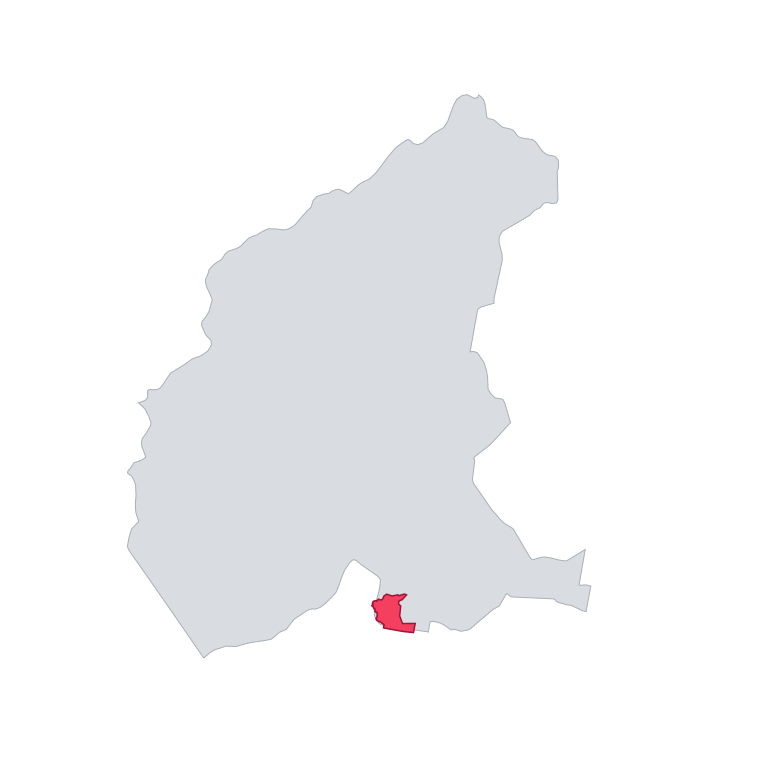 location of Maiwut, Upper Nile, South Sudan, rotated 100°
{"feature_id": "79223893B33528845536299", "entity_name": "Maiwut", "entity_type": "district", "adm_level": 2, "iso_a3": "SSD", "parent_name": "South Sudan", "parent_adm1": "Upper Nile", "projection": "mercator", "projection_center": [33.888, 8.784], "detail": "fine", "context": "in_parent", "style": "filled", "palette": "rose", "viewbox_px": 768, "rotation_deg": 100, "n_neighbors": 0, "source": "geoboundaries", "source_scale": "gbopen_adm2", "svg_char_len": 6042}
<svg xmlns="http://www.w3.org/2000/svg" viewBox="0 0 768 768"><g transform="rotate(100 384 384)"><path d="M615.1,583.3L593.0,605.4L591.4,606.8L588.7,608.5L579.8,608.5L570.6,607.4L562.1,601.7L553.5,606.1L548.0,607.5L544.7,608.1L537.0,608.8L526.3,611.2L521.4,614.1L518.7,616.5L516.5,620.8L515.4,621.3L513.5,620.8L510.7,619.0L504.9,616.5L502.0,611.0L499.4,607.7L497.2,605.9L488.0,611.4L483.6,612.7L479.9,612.6L473.3,609.5L466.0,606.8L462.2,606.8L456.6,610.1L450.1,615.1L446.8,619.9L445.2,622.8L443.0,618.4L440.8,615.6L437.7,614.5L431.6,615.6L430.1,614.1L429.8,610.2L428.9,606.8L427.3,604.1L422.6,601.5L410.4,596.2L401.0,585.6L396.2,580.6L392.8,577.5L387.9,569.1L382.3,563.4L375.6,560.7L371.1,562.0L366.5,568.2L357.9,573.9L353.9,574.1L348.8,571.0L342.4,568.8L330.9,567.8L326.2,570.5L320.0,575.0L314.7,577.6L311.4,577.9L308.4,576.9L304.9,576.3L301.9,576.2L295.8,572.2L292.6,569.2L290.5,566.3L287.0,564.4L283.0,562.8L280.1,560.2L278.6,557.0L276.3,553.0L273.4,549.3L264.0,542.7L261.2,538.8L259.2,535.0L255.4,530.8L251.3,525.2L250.0,517.0L249.8,510.3L249.0,507.3L247.2,504.2L245.2,501.6L241.9,498.7L234.3,494.4L226.4,489.5L222.6,486.6L215.4,485.6L211.1,482.8L207.5,476.6L206.0,471.6L202.4,467.7L200.8,464.9L200.0,461.7L202.9,451.9L198.7,448.5L192.4,443.9L188.0,439.0L185.3,434.5L177.3,428.5L159.8,419.6L149.7,413.8L144.2,408.7L139.4,403.7L139.0,401.6L142.1,396.6L142.5,392.5L140.0,387.9L129.5,379.4L121.2,369.9L114.9,367.0L99.7,364.3L95.3,363.3L90.8,361.5L86.3,357.2L84.7,352.2L87.0,344.2L85.6,341.7L83.0,341.0L83.7,339.3L86.6,335.4L91.3,332.9L103.8,328.9L104.5,327.4L104.7,322.3L105.8,319.9L110.1,312.9L110.7,310.1L110.9,304.2L111.5,301.4L112.7,299.4L116.2,295.9L117.4,293.8L117.9,289.2L117.5,280.2L119.3,276.6L127.2,268.4L129.3,264.8L130.0,261.5L129.9,258.1L130.4,254.8L132.8,251.7L134.8,250.7L140.6,249.7L144.6,250.3L172.3,244.7L175.6,245.5L177.1,248.8L176.9,254.1L177.4,256.7L178.9,258.5L183.3,261.0L186.4,265.2L188.0,266.8L192.5,269.7L213.1,293.9L218.9,296.1L224.6,295.3L235.8,290.3L241.4,289.0L280.7,290.5L285.1,289.7L285.4,289.8L291.3,301.9L294.2,304.7L337.3,304.8L336.4,301.4L337.0,297.5L344.6,290.1L345.7,289.2L352.3,285.7L358.8,283.3L371.3,280.5L375.9,276.1L378.4,272.1L378.5,264.2L380.1,262.9L383.1,261.1L397.5,254.0L400.0,252.6L425.5,269.0L439.8,282.0L440.7,282.6L441.5,282.8L442.2,282.4L442.8,281.8L444.6,281.2L450.7,281.0L462.3,280.4L466.1,278.8L489.4,255.7L495.3,248.2L496.8,246.7L500.2,241.5L503.8,232.4L504.5,231.4L530.0,209.6L530.9,207.8L531.1,206.5L527.3,199.1L526.4,195.4L526.3,189.7L527.0,180.7L526.8,175.1L526.4,173.5L526.2,173.2L512.0,157.1L548.0,157.0L548.0,154.9L547.9,154.3L547.2,152.4L546.8,149.8L546.9,148.4L547.1,147.1L547.1,146.3L547.0,145.7L547.0,145.4L547.2,145.2L573.0,145.5L572.7,150.0L569.5,160.7L569.6,167.2L568.8,174.5L568.0,176.7L566.6,178.4L566.2,179.3L566.2,180.1L571.5,221.0L571.1,222.7L569.7,225.3L569.3,226.1L569.3,226.8L569.8,227.2L581.7,231.6L582.3,231.9L582.8,232.3L587.1,237.5L610.5,256.9L611.3,257.8L613.7,263.9L614.0,264.8L614.1,266.3L614.0,267.4L613.4,271.1L613.6,272.7L614.0,273.8L614.4,275.0L614.4,275.4L614.1,276.3L610.7,283.3L609.5,288.3L609.2,292.5L609.4,294.9L609.8,296.5L610.1,297.1L610.5,297.3L620.6,297.4L620.5,299.6L621.9,336.3L621.9,340.4L621.5,345.6L620.3,347.6L617.4,350.5L613.8,353.2L604.7,353.9L597.1,353.8L591.7,353.2L584.4,352.9L577.4,353.5L574.9,355.8L565.8,375.2L562.9,380.1L562.2,382.9L563.0,384.6L566.6,387.1L574.5,390.5L583.5,392.5L590.2,393.4L594.8,394.4L598.3,395.4L611.1,404.2L615.2,408.3L617.5,412.0L618.0,415.8L619.8,419.7L631.5,431.9L642.6,437.6L646.8,444.0L650.9,447.2L654.8,450.6L656.9,455.6L661.7,470.2L665.0,477.8L668.3,484.1L669.6,494.2L672.2,498.8L674.9,504.3L679.4,509.3L684.2,513.1L685.0,514.1L636.9,561.5L615.1,583.3Z" fill="#d9dde1" stroke="#a8b0b8" stroke-width="1"/><path d="M623.7,311.8L614.4,311.7L616.7,324.2L609.6,328.3L599.7,329.0L598.2,331.4L595.1,331.6L593.3,328.7L587.8,325.2L587.3,327.3L588.5,329.9L590.0,332.8L589.2,333.6L591.3,339.3L590.5,344.9L593.0,347.4L595.6,347.7L597.3,349.3L596.9,352.1L597.1,352.1L597.8,352.5L597.9,352.8L598.2,353.0L598.8,353.1L599.0,353.3L599.0,353.6L598.7,353.8L598.7,354.2L599.0,354.4L599.0,355.1L599.6,355.9L599.5,356.1L599.6,356.4L599.9,356.4L600.1,356.8L600.6,356.7L600.7,356.8L600.9,357.2L601.2,357.2L601.7,357.3L602.0,357.3L602.1,357.0L602.5,356.9L602.9,356.7L603.1,356.9L603.4,357.0L603.9,357.4L604.1,357.3L604.1,357.2L604.3,357.4L604.4,357.2L604.5,357.2L604.8,357.1L604.9,356.7L605.0,356.6L605.0,356.4L605.0,356.2L605.2,355.9L605.4,355.8L605.5,355.7L605.8,355.7L606.0,355.6L606.0,355.4L606.3,355.4L606.5,355.2L606.7,354.9L606.9,354.9L607.0,354.9L607.2,354.7L607.3,354.6L607.3,354.4L607.1,354.3L607.0,354.2L607.4,353.9L607.5,353.9L607.5,353.7L607.8,353.7L607.8,353.9L607.9,353.7L608.0,353.5L608.3,353.6L608.5,353.6L608.9,353.6L609.0,353.6L609.3,353.6L609.6,353.6L609.7,353.4L609.6,353.1L609.7,352.9L609.8,352.7L610.0,352.3L610.1,352.2L610.3,352.1L610.4,351.9L610.5,351.8L610.5,351.7L610.4,351.6L610.6,351.6L610.6,351.4L610.8,351.2L611.0,350.9L611.5,350.7L611.8,350.7L612.0,350.7L612.3,350.7L612.5,350.5L612.6,350.4L612.8,350.4L612.9,350.5L613.1,350.6L613.3,350.6L613.6,350.6L613.9,350.5L614.0,350.5L614.3,350.5L614.4,350.4L614.6,350.4L614.8,350.5L615.0,350.7L615.3,350.8L615.5,350.9L615.8,350.9L615.9,351.1L616.0,351.1L616.3,351.0L616.5,351.0L616.6,350.8L616.6,350.6L616.7,350.4L616.8,350.4L617.0,350.5L617.3,350.7L617.6,350.6L617.9,350.4L618.0,350.2L618.1,349.8L618.1,349.7L618.2,349.4L618.3,349.2L618.4,348.9L618.6,348.6L618.7,348.4L618.8,348.1L618.9,347.8L618.9,347.6L618.9,347.4L618.9,347.2L618.8,346.9L618.7,346.8L618.9,346.6L619.0,346.5L619.2,346.2L619.2,345.8L619.3,345.7L619.4,345.4L619.5,345.2L619.6,344.9L619.8,344.8L619.9,344.6L620.0,344.4L620.2,344.1L620.3,343.9L620.3,343.6L620.4,343.4L620.4,343.2L620.5,343.1L620.7,342.8L620.7,342.7L620.9,342.7L621.1,342.6L621.2,342.4L621.3,342.3L621.3,342.2L621.5,342.2L621.8,342.1L622.1,342.1L622.4,342.2L622.6,342.2L622.7,342.3L624.3,342.1L624.4,330.9L624.4,325.5L624.4,322.4L624.3,320.9L623.7,311.8Z" fill="#f43f5e" stroke="#9f1239" stroke-width="1.5"/></g></svg>